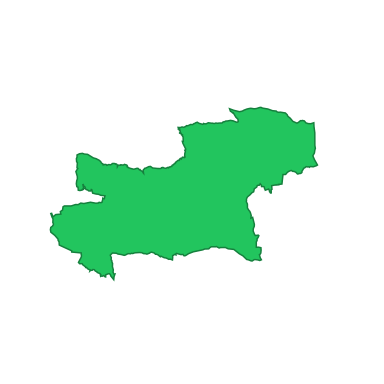 Danicei, Vâlcea, Romania (Robinson projection), rotated 236°
{"feature_id": "2599482B8342950914152", "entity_name": "Danicei", "entity_type": "district", "adm_level": 2, "iso_a3": "ROU", "parent_name": "Romania", "parent_adm1": "Vâlcea", "projection": "robinson", "projection_center": [24.445, 44.911], "detail": "fine", "context": "isolated", "style": "filled", "palette": "green", "viewbox_px": 384, "rotation_deg": 236, "n_neighbors": 0, "source": "geoboundaries", "source_scale": "gbopen_adm2", "svg_char_len": 6066}
<svg xmlns="http://www.w3.org/2000/svg" viewBox="0 0 384 384"><g transform="rotate(236 192 192)"><path d="M181.3,331.7L182.2,328.6L183.8,326.5L185.6,325.1L188.1,324.9L189.6,323.5L189.8,322.7L190.5,321.8L190.2,319.1L190.4,317.5L194.2,315.1L198.3,314.7L201.1,313.8L202.8,314.1L205.3,313.6L208.7,310.0L210.0,307.9L211.1,307.2L212.0,307.1L214.4,304.2L218.4,301.3L222.1,297.4L223.6,296.5L224.2,295.4L225.2,292.0L226.2,290.1L228.5,287.6L229.2,286.2L230.1,283.8L230.8,280.7L230.9,279.0L232.0,276.3L236.5,272.2L240.0,269.7L237.4,269.0L236.4,269.6L234.8,269.9L234.7,270.5L229.4,270.2L226.7,270.8L224.7,269.8L224.4,269.0L225.0,267.9L228.1,265.8L229.9,263.9L231.0,261.2L231.9,259.8L232.1,258.2L232.7,257.0L232.4,255.5L234.2,252.7L234.4,252.0L235.9,250.2L236.1,249.2L236.7,248.3L237.6,247.5L237.9,246.9L240.3,244.2L240.6,241.9L241.4,240.6L242.4,239.9L242.0,239.1L242.1,238.7L245.2,236.1L246.9,235.4L247.3,233.9L247.3,232.6L247.6,231.9L247.5,230.3L248.8,228.5L249.0,226.8L249.5,225.1L250.1,224.5L249.9,223.4L250.2,221.4L251.5,220.1L252.0,218.3L253.3,216.6L252.7,216.4L251.5,216.7L251.6,216.0L250.9,216.3L250.4,216.1L250.4,216.6L248.9,216.2L248.4,215.9L248.3,215.3L247.7,215.5L247.5,214.8L246.8,215.2L246.5,215.8L245.2,215.3L244.8,216.1L243.7,215.4L242.6,215.4L238.9,213.1L239.4,212.3L237.5,211.7L231.1,210.8L230.5,210.2L230.7,209.4L229.2,209.1L228.1,207.7L226.2,206.2L224.9,205.8L224.7,205.2L224.8,204.9L225.4,204.7L225.5,204.1L226.2,203.5L225.4,201.6L226.2,201.5L226.3,201.0L226.1,200.0L225.7,199.7L225.8,199.3L225.4,199.0L226.0,198.1L225.8,195.2L225.5,195.0L225.7,194.6L225.1,194.0L225.3,192.5L224.9,191.8L225.3,190.8L225.1,190.2L224.5,189.5L224.9,188.9L224.9,188.0L225.5,187.1L225.1,186.1L226.0,185.5L226.2,183.6L227.4,182.3L228.7,181.6L228.7,181.0L229.2,180.3L228.9,179.7L229.2,178.8L230.6,176.8L233.9,172.8L236.4,171.9L237.2,170.4L237.7,166.9L238.1,166.0L237.7,165.1L237.7,164.3L237.1,163.5L234.6,162.3L235.4,162.2L236.9,162.4L238.2,161.6L239.7,161.4L239.7,160.8L241.7,160.5L242.4,159.7L243.4,156.5L246.1,154.1L248.0,152.7L248.8,152.8L249.2,152.3L249.9,152.7L250.0,153.0L250.8,153.0L252.7,151.4L252.7,150.1L254.4,148.2L254.1,147.8L255.4,146.1L255.3,145.4L254.8,144.4L256.0,145.2L256.8,145.2L257.9,144.7L257.9,144.1L258.7,143.9L259.3,143.3L260.2,141.8L259.9,140.9L260.1,139.6L261.2,138.5L261.6,137.6L261.5,136.9L261.8,136.2L262.7,136.2L263.6,135.3L263.8,134.1L264.2,133.5L264.9,133.9L266.7,133.1L268.3,133.3L270.2,132.8L273.3,131.1L275.4,129.3L281.6,126.5L283.7,123.9L285.3,122.8L286.6,120.2L287.0,117.4L285.2,116.2L284.3,114.8L281.5,113.2L280.6,113.5L276.4,110.2L275.4,110.5L273.9,107.2L269.0,105.6L267.0,104.3L265.8,102.7L263.5,100.7L260.8,99.5L259.7,100.2L257.1,98.7L256.2,99.5L255.6,100.5L255.0,102.3L255.4,102.5L255.0,103.3L255.5,103.5L255.1,104.5L255.9,104.3L259.1,105.7L259.0,106.0L257.3,105.6L256.0,106.1L253.8,105.5L253.0,105.7L252.2,106.6L250.8,106.9L249.7,108.2L249.5,108.8L250.4,109.9L250.0,110.2L246.6,109.0L244.0,111.3L242.4,113.2L240.3,114.5L237.5,117.7L235.5,115.6L236.8,114.6L235.8,113.9L233.8,111.5L234.1,110.5L235.4,109.2L235.2,108.4L236.4,106.1L240.3,102.1L242.9,95.9L245.0,93.6L245.2,90.5L246.7,88.5L248.0,84.0L251.8,78.4L251.9,76.9L249.4,74.5L249.4,71.9L247.0,70.9L249.5,66.4L249.1,62.8L252.8,63.7L253.1,62.9L249.4,61.9L247.4,61.7L244.4,59.5L243.3,59.4L242.2,58.6L242.1,57.9L241.7,57.3L241.6,55.1L239.9,53.5L237.6,52.5L232.8,54.0L228.0,54.6L226.5,53.9L225.2,54.0L222.2,52.3L210.5,59.4L209.5,58.7L203.4,66.1L202.2,65.2L201.7,65.2L200.0,63.9L197.1,58.5L195.4,58.7L194.0,60.9L192.9,60.7L189.4,61.9L188.9,61.6L188.3,62.4L186.8,62.5L184.9,63.5L184.6,64.0L184.3,64.1L183.6,63.3L183.7,64.1L182.9,65.6L183.2,66.4L182.2,67.6L180.6,67.6L178.9,68.6L178.3,68.4L175.8,70.1L174.9,70.2L175.0,69.9L173.1,69.1L173.0,69.8L172.3,70.7L172.0,72.2L170.5,72.4L169.9,72.9L171.6,74.2L171.1,76.6L170.4,77.9L169.0,78.1L167.9,77.7L163.1,78.1L165.4,80.0L167.1,82.3L167.5,81.4L169.7,81.7L171.4,83.2L174.6,84.3L177.2,86.2L178.5,86.4L180.2,87.2L181.0,87.0L182.7,88.4L185.1,88.8L185.4,89.0L185.9,91.9L183.5,95.1L182.0,95.9L179.8,98.3L177.4,100.4L177.0,101.5L176.7,104.4L175.1,106.6L175.1,107.4L174.1,108.5L173.6,110.5L171.2,114.6L169.6,116.6L168.1,117.3L166.9,118.9L165.7,119.9L165.0,122.8L165.2,123.4L164.8,124.8L162.5,126.6L160.8,126.9L160.2,127.8L159.0,128.6L156.0,129.5L156.2,130.2L156.0,130.5L153.2,132.1L151.7,133.7L149.2,135.1L148.5,136.4L146.6,137.8L148.4,139.3L150.1,140.4L149.9,141.6L150.1,142.4L149.4,143.2L148.8,143.5L149.8,144.2L149.8,144.8L146.3,147.8L145.2,149.7L143.8,149.6L143.3,150.1L142.9,151.1L142.8,154.7L141.7,159.6L138.0,168.7L137.7,170.5L135.5,174.1L135.9,175.8L135.8,177.4L133.3,181.1L133.2,181.7L130.4,183.2L130.1,184.4L127.3,188.7L124.7,190.2L121.0,194.6L114.3,196.7L110.7,198.5L105.5,199.6L104.3,200.8L101.8,202.5L101.1,203.5L101.2,205.3L100.8,206.4L98.7,208.8L97.3,209.9L97.0,211.6L99.4,211.8L102.4,212.9L102.3,213.6L102.9,214.9L105.2,216.8L107.3,218.0L109.2,216.1L110.2,214.4L114.7,217.4L115.3,218.7L116.9,219.9L117.2,221.1L118.4,223.0L119.2,222.8L120.5,220.1L122.3,220.2L125.5,220.9L127.3,222.3L128.8,224.5L130.3,225.6L137.1,228.1L137.4,226.2L139.5,228.0L142.4,228.9L143.8,229.1L144.8,228.9L147.7,229.0L151.0,231.2L153.6,231.6L154.4,232.4L155.5,233.0L156.6,234.5L157.0,235.7L157.2,238.3L157.9,241.4L157.7,243.2L159.8,245.4L159.9,248.4L160.8,249.6L160.7,250.4L160.0,251.6L160.7,253.1L159.1,253.3L157.6,252.7L156.7,254.1L155.8,254.7L153.9,253.9L153.1,254.1L152.5,253.8L151.6,257.2L149.8,256.9L148.8,256.4L148.2,256.6L147.4,256.5L146.9,256.9L147.1,257.3L149.6,258.9L149.5,259.8L152.7,261.6L151.0,265.6L150.8,265.5L149.5,267.9L149.9,268.0L148.3,271.0L155.6,277.2L154.2,279.4L155.0,282.1L154.9,284.3L154.4,286.3L152.7,287.1L152.3,287.8L151.1,288.7L150.2,289.2L148.0,289.5L147.5,290.4L147.5,291.1L146.9,291.8L146.6,292.8L146.7,294.0L147.6,294.6L149.2,298.0L149.0,299.1L149.2,300.3L149.0,301.1L148.4,301.5L147.9,302.5L147.4,303.1L146.9,303.1L146.9,304.4L145.1,306.6L144.2,310.0L144.2,311.1L150.3,311.6L154.4,312.4L155.9,315.3L158.3,317.5L159.1,318.6L161.9,319.9L172.4,326.9L178.0,329.7L181.3,331.7Z" fill="#22c55e" stroke="#15803d" stroke-width="1.5"/></g></svg>